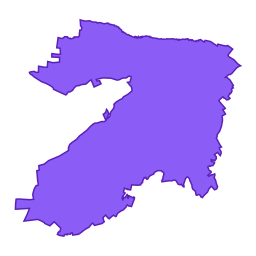 outline of Maeriste, Salaj, Romania
{"feature_id": "2599482B89987294354273", "entity_name": "Maeriste", "entity_type": "district", "adm_level": 2, "iso_a3": "ROU", "parent_name": "Romania", "parent_adm1": "Salaj", "projection": "mercator", "projection_center": [22.749, 47.297], "detail": "fine", "context": "isolated", "style": "filled", "palette": "violet", "viewbox_px": 256, "rotation_deg": 0, "n_neighbors": 0, "source": "geoboundaries", "source_scale": "gbopen_adm2", "svg_char_len": 5740}
<svg xmlns="http://www.w3.org/2000/svg" viewBox="0 0 256 256"><path d="M44.7,223.4L49.9,225.8L54.2,221.8L60.7,228.2L60.8,228.7L59.7,231.7L59.1,231.5L58.8,231.8L58.0,232.7L57.4,234.5L60.0,235.5L63.9,236.1L64.3,235.5L64.2,235.1L65.2,234.3L66.6,234.7L67.2,234.7L67.0,234.2L67.6,233.9L70.0,234.2L70.7,234.0L70.9,233.1L72.3,232.9L72.8,235.1L78.4,234.3L79.9,233.4L85.3,229.2L88.9,227.3L91.7,223.9L92.7,223.2L94.5,225.4L102.1,223.5L104.3,221.7L103.8,220.9L103.0,217.6L105.6,215.1L107.5,217.5L109.2,218.8L113.3,215.2L115.8,216.6L116.3,216.2L117.4,213.5L121.2,210.8L123.2,210.0L125.7,207.5L127.3,204.9L128.8,206.0L131.5,206.5L134.5,198.5L134.4,197.3L133.5,197.1L133.3,197.9L129.1,195.8L128.2,198.2L127.5,197.9L128.1,195.6L127.1,194.5L125.0,197.7L123.8,197.3L122.9,199.7L122.3,198.6L122.4,197.2L122.9,196.0L124.8,193.7L125.1,193.0L123.5,192.2L124.4,188.1L126.9,189.3L127.5,189.5L127.8,189.0L129.0,189.8L130.6,189.9L131.7,184.9L138.1,185.2L140.8,184.8L141.0,183.9L142.1,182.5L142.5,182.6L142.8,180.7L144.2,177.7L144.9,178.0L145.4,177.4L145.9,177.5L146.6,179.2L147.4,179.2L148.0,178.7L149.1,176.7L150.6,175.4L153.7,174.1L154.4,172.4L157.7,170.6L161.7,170.8L162.2,171.8L163.3,172.3L163.8,172.9L163.7,175.0L163.1,176.5L162.9,178.5L161.8,180.6L162.0,181.8L168.7,180.8L172.1,180.8L173.8,180.1L175.3,180.3L176.2,181.0L178.1,184.2L180.2,184.8L181.4,184.3L182.2,185.6L183.7,186.9L184.1,186.8L184.0,185.9L183.6,185.0L183.8,183.6L185.7,178.3L187.3,176.9L187.7,177.0L189.2,178.3L190.0,181.1L190.7,182.0L191.3,184.0L191.8,184.6L192.2,187.6L192.7,189.0L195.4,191.4L196.1,195.0L196.8,195.3L198.4,194.6L199.3,194.8L200.3,195.4L200.8,196.8L202.4,197.6L203.8,195.7L207.5,192.1L208.9,189.0L211.2,186.4L211.5,186.3L214.5,189.8L216.6,189.0L217.6,186.8L216.5,184.0L215.6,180.4L214.2,177.6L214.9,175.1L214.7,173.9L211.7,175.0L211.2,174.7L209.6,175.9L208.6,176.2L207.8,175.3L211.3,172.2L211.0,171.3L209.2,170.4L207.7,166.9L209.6,166.0L210.0,166.4L211.6,165.6L212.9,165.6L213.6,164.3L214.3,163.6L214.6,162.3L211.7,161.4L211.2,160.7L211.2,159.7L215.0,160.5L216.3,158.7L216.2,156.6L214.4,154.6L217.5,152.4L220.2,155.6L221.1,153.5L221.1,151.6L219.9,149.8L219.3,147.8L221.5,147.0L220.3,145.5L216.3,138.0L217.1,136.7L217.2,134.6L219.8,131.0L221.4,126.4L222.5,120.6L222.4,118.3L222.1,117.1L222.4,115.8L225.5,114.1L222.7,109.5L224.4,109.1L225.3,108.4L218.9,100.9L219.5,99.8L222.9,96.8L223.9,98.0L225.0,98.4L226.8,99.9L228.2,99.7L230.0,98.4L228.2,96.3L230.1,93.2L230.5,93.6L231.6,92.1L232.0,90.6L231.6,89.4L231.9,88.5L233.3,87.9L232.4,86.8L233.4,85.5L230.0,80.0L226.9,77.3L225.6,77.3L228.7,74.6L230.1,74.6L231.9,73.4L236.5,68.0L239.1,66.3L240.6,65.8L238.0,64.1L233.9,59.7L229.3,57.0L228.0,55.5L227.9,55.2L232.7,49.1L227.7,45.5L227.2,45.9L224.5,45.8L217.9,44.2L217.3,46.0L210.5,41.5L205.1,40.4L204.2,42.1L200.6,39.6L198.8,40.0L198.5,40.9L198.0,40.5L196.8,40.6L196.1,41.3L196.0,40.9L195.2,41.3L193.7,40.9L192.3,39.8L191.6,39.9L191.5,40.5L191.2,40.5L190.8,39.7L189.0,40.1L188.9,39.8L188.6,40.0L188.3,39.0L187.5,38.8L186.7,39.2L185.9,38.9L185.3,39.4L182.7,39.1L180.2,39.8L179.4,39.4L179.1,40.0L178.7,40.2L178.5,39.5L178.0,39.3L177.3,39.8L176.7,39.1L175.1,39.5L174.3,38.9L173.2,39.1L172.2,38.7L170.2,39.0L166.7,38.8L166.1,39.3L163.8,39.1L162.7,39.4L161.4,38.7L159.3,39.2L157.6,38.5L152.0,37.8L151.4,37.2L150.1,37.3L149.9,36.4L146.9,36.3L146.4,35.9L143.7,36.6L142.9,36.4L142.2,37.4L141.3,37.6L141.3,37.2L140.6,37.7L140.3,37.1L140.6,36.8L139.7,37.0L139.4,37.6L138.3,37.7L138.2,36.9L137.5,37.9L137.3,37.8L137.4,37.1L136.9,36.8L136.2,37.0L136.0,37.5L135.5,36.6L134.6,37.3L134.4,36.8L133.8,37.2L131.8,36.6L131.1,35.9L130.1,35.9L128.7,34.7L127.7,34.8L126.3,34.1L125.1,33.0L124.1,32.8L123.8,32.2L122.3,32.2L122.3,31.9L122.7,31.6L121.9,31.2L121.5,30.4L121.5,30.0L119.8,28.8L119.6,28.2L118.9,28.1L118.6,27.1L117.0,26.6L116.5,26.0L115.0,26.1L114.3,25.5L114.4,25.1L112.9,25.0L110.1,24.2L109.5,24.4L108.5,23.3L107.8,23.1L104.0,23.8L100.6,22.7L98.1,22.6L97.2,23.1L96.4,22.2L92.2,21.9L89.8,20.8L85.1,21.1L80.2,19.9L80.6,25.9L81.7,27.2L81.8,27.8L81.1,30.0L80.4,30.4L79.8,30.2L79.3,34.2L79.4,35.9L78.4,36.9L78.1,37.2L77.0,36.8L76.2,37.1L75.2,36.9L74.7,37.5L74.2,37.0L72.7,38.4L71.0,38.8L70.2,38.2L69.4,38.6L68.8,38.0L67.7,37.8L67.5,36.8L64.6,36.7L63.0,38.2L61.8,38.5L58.1,37.6L56.7,47.8L60.1,48.2L60.5,54.1L58.2,54.4L51.9,53.6L51.8,57.0L59.6,57.4L59.5,62.1L52.9,62.7L47.7,61.5L47.3,67.2L44.4,67.2L38.6,66.2L38.4,72.3L36.8,72.4L35.5,72.2L34.4,71.4L33.1,71.5L30.5,71.9L29.4,72.4L29.8,73.3L30.5,74.2L32.4,75.2L33.8,76.7L41.4,81.6L46.3,83.5L50.4,85.7L52.9,87.5L53.7,89.4L65.7,94.9L66.6,94.5L66.8,93.7L68.5,91.9L70.0,91.9L72.6,90.3L74.4,87.6L76.1,86.2L77.3,85.6L78.9,85.7L81.2,84.7L86.0,84.0L89.3,81.1L91.2,79.9L94.1,87.0L101.0,83.8L99.6,80.7L96.9,81.0L96.3,79.4L103.0,77.9L110.9,78.2L117.0,80.1L118.8,79.9L122.6,78.1L126.5,77.9L128.6,76.2L131.1,76.6L131.1,78.9L130.5,79.4L130.2,81.9L127.5,82.3L130.5,86.0L131.2,86.3L131.9,89.2L132.0,90.9L127.9,94.3L123.5,96.8L121.9,98.9L120.4,99.4L116.4,101.9L114.5,103.6L113.9,104.4L114.2,105.7L113.8,108.0L110.7,112.1L110.3,113.5L110.1,115.7L109.2,117.1L106.9,118.8L106.7,118.6L107.2,118.0L107.2,117.4L108.0,116.8L107.9,115.1L108.3,114.9L108.9,113.9L107.5,110.6L106.5,109.4L105.8,112.0L105.3,112.4L105.4,112.9L103.2,114.3L105.2,118.9L105.6,119.6L106.0,119.3L106.3,119.9L104.5,121.6L101.8,121.5L96.5,123.2L95.0,123.1L93.4,123.9L90.0,126.8L86.9,130.2L79.3,136.1L76.5,139.4L71.8,142.6L69.6,144.6L68.4,148.0L68.6,150.2L67.4,151.2L59.5,156.0L48.8,160.5L44.2,164.1L38.8,165.6L39.2,170.1L36.8,170.7L37.7,181.3L38.2,183.6L38.1,185.3L36.2,185.6L34.4,188.5L33.1,192.8L32.8,194.9L33.6,199.3L30.0,199.7L18.2,199.0L16.1,199.2L15.6,203.9L15.4,209.2L29.5,208.4L27.4,213.9L24.0,221.1L37.6,219.4L40.9,220.7L44.3,222.6L44.7,223.4Z" fill="#8b5cf6" stroke="#5b21b6" stroke-width="1.5"/></svg>